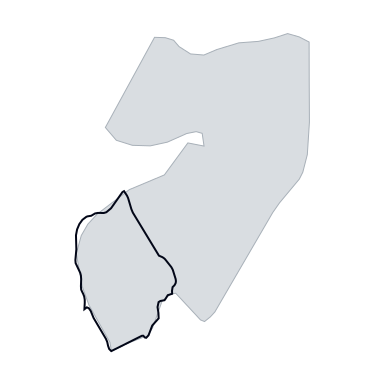 where Obock sits in Djibouti, rotated 183°
{"feature_id": "DJI-1570", "entity_name": "Obock", "entity_type": "Region", "adm_level": 1, "iso_a3": "DJI", "parent_name": "Djibouti", "parent_adm1": "", "projection": "equal_earth", "projection_center": [43.052, 12.273], "detail": "fine", "context": "in_parent", "style": "outline", "palette": "ink", "viewbox_px": 384, "rotation_deg": 183, "n_neighbors": 0, "source": "natural_earth", "source_scale": "10m", "svg_char_len": 1715}
<svg xmlns="http://www.w3.org/2000/svg" viewBox="0 0 384 384"><g transform="rotate(183 192 192)"><path d="M281.9,251.9L270.0,276.7L254.8,308.4L237.5,344.5L226.7,344.7L218.3,342.6L212.5,336.5L200.7,329.8L187.3,329.4L174.6,335.6L153.0,343.4L133.5,345.9L117.8,350.2L104.8,355.2L93.1,352.5L82.9,347.9L80.8,309.6L78.4,268.0L78.8,235.4L82.4,217.5L85.5,210.5L104.0,185.8L110.3,175.7L131.4,134.7L149.4,99.7L162.9,73.4L167.1,68.3L172.7,63.3L176.8,64.7L202.9,90.0L207.5,89.3L216.2,81.5L224.2,54.4L229.7,44.6L232.1,44.9L248.9,37.3L264.1,28.8L266.1,37.6L289.1,73.9L296.6,91.8L304.3,124.4L300.3,142.7L294.3,154.5L285.4,165.1L254.7,191.1L220.5,207.6L198.7,240.8L182.4,238.5L184.9,251.1L191.0,252.5L200.4,250.1L219.2,240.5L236.0,235.9L254.0,235.5L270.3,239.7L281.9,251.9Z" fill="#d9dde1" stroke="#a8b0b8" stroke-width="1"/><path d="M233.1,45.9L234.5,45.8L264.3,28.9L266.5,30.9L267.8,34.1L268.8,37.8L270.3,40.9L283.7,61.1L286.9,67.9L288.9,70.5L291.0,71.3L293.3,69.3L293.3,75.8L293.5,78.9L294.2,82.0L295.3,84.5L296.5,86.6L297.6,88.8L298.0,92.1L298.1,99.1L298.6,102.9L299.4,105.4L304.5,114.9L304.9,118.0L304.5,128.7L305.6,142.7L304.8,148.6L302.8,154.1L299.9,158.6L296.2,161.7L295.1,162.2L291.4,163.0L287.7,165.5L284.9,166.2L279.0,166.4L276.5,167.3L272.0,171.5L261.5,188.2L260.7,188.8L259.9,189.3L256.7,184.9L255.5,182.6L251.6,171.6L250.0,168.3L221.7,126.7L218.2,125.4L216.8,124.6L215.5,123.6L208.7,115.9L207.7,114.3L207.0,113.0L203.8,104.3L203.5,102.9L203.4,101.5L203.6,100.1L204.1,99.0L204.6,98.0L206.4,96.0L206.8,92.3L206.5,89.3L210.8,87.7L212.7,84.2L213.8,82.5L217.9,81.5L219.6,80.3L220.4,75.3L219.2,69.5L218.7,64.1L224.7,56.6L227.9,46.6L230.1,44.0L231.4,44.2L233.1,45.9Z" fill="none" stroke="#020617" stroke-width="2"/></g></svg>